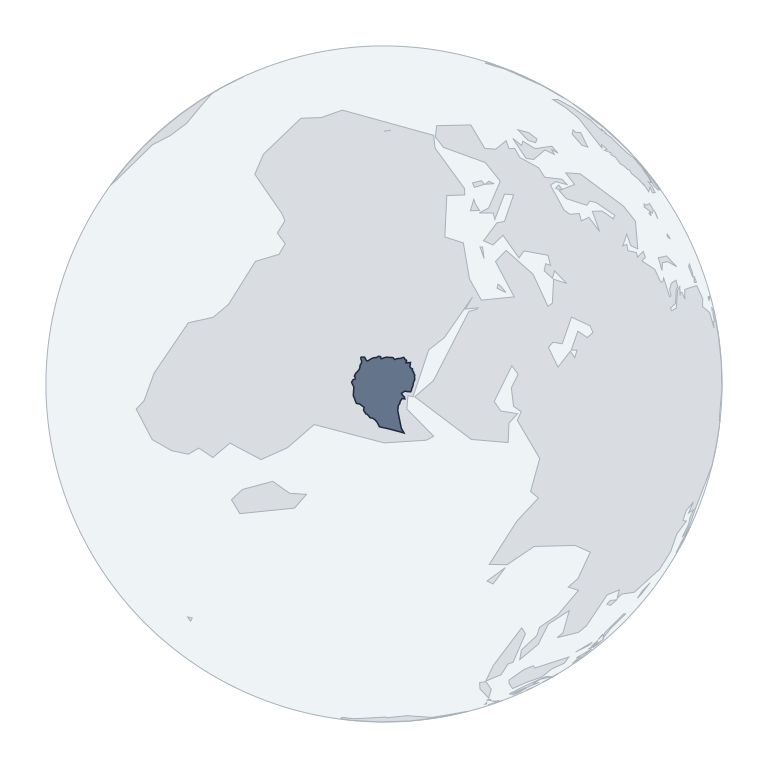 Ethiopia highlighted on a globe, orthographic projection, rotated 61°
{"feature_id": "ETH", "entity_name": "Ethiopia", "entity_type": "country or territory", "adm_level": 0, "iso_a3": "ETH", "parent_name": "Africa", "parent_adm1": "", "projection": "orthographic", "projection_center": [38.934, 9.154], "detail": "fine", "context": "on_globe", "style": "filled", "palette": "slate", "viewbox_px": 768, "rotation_deg": 61, "n_neighbors": 0, "source": "natural_earth", "source_scale": "50m", "svg_char_len": 11414}
<svg xmlns="http://www.w3.org/2000/svg" viewBox="0 0 768 768"><g transform="rotate(61 384 384)"><circle cx="384" cy="384" r="338" fill="#eef3f6" stroke="#a8b0b8"/><path d="M216.2,90.7L221.4,87.9L200.0,100.8L182.6,114.0L177.3,117.9L170.5,122.2L172.1,120.7L193.6,104.8L216.2,90.7ZM155.3,135.3L156.7,134.0L151.7,138.7L150.9,139.3L155.3,135.3ZM47.1,358.1L47.0,359.3L46.3,374.9L46.1,383.0L46.4,387.7L46.5,393.5L52.8,411.0L60.4,430.4L63.1,450.7L62.5,470.6L75.4,517.4L77.5,526.2L67.9,503.5L60.0,480.1L53.9,456.2L49.5,431.9L46.9,407.4L46.1,382.7L47.1,358.1ZM293.7,58.5L296.4,57.7L301.6,56.3L293.7,58.5ZM325.9,51.1L317.9,52.6L311.8,54.1L307.0,55.1L313.8,53.5L325.9,51.1ZM330.7,50.3L334.0,49.8L330.8,50.3L330.7,50.3ZM340.0,49.0L335.6,49.6L334.8,49.7L340.0,49.0ZM344.2,48.4L347.5,48.1L337.2,49.3L337.7,49.3L344.2,48.4ZM345.4,48.9L332.6,50.5L330.9,50.4L343.6,48.7L345.4,48.9ZM550.8,90.1L553.2,91.6L578.0,108.3L578.1,107.5L584.6,112.0L599.8,124.0L614.4,136.8L643.7,171.7L654.6,183.8L660.5,192.1L662.6,197.5L654.1,185.3L649.2,181.2L644.0,174.2L644.5,180.2L637.2,170.5L641.1,181.0L648.2,188.6L650.5,186.0L657.1,200.6L669.4,214.3L679.4,232.2L687.5,266.0L683.0,277.9L684.5,284.0L678.2,278.0L676.6,291.1L693.6,324.1L695.5,334.3L689.8,355.5L688.4,348.0L672.0,331.9L673.7,356.7L686.4,375.3L690.9,398.9L683.3,392.8L678.1,372.2L672.2,365.9L670.3,344.3L658.8,313.9L650.9,321.3L648.2,308.7L631.1,285.1L617.8,295.2L598.9,331.4L601.7,364.0L592.8,379.4L568.5,334.6L558.6,304.2L549.1,307.9L524.6,283.9L480.4,285.0L474.7,277.4L466.3,281.5L449.1,274.5L440.7,262.1L430.0,263.3L452.7,296.1L464.2,295.0L474.7,281.6L478.8,293.7L495.4,303.8L474.8,334.5L410.1,363.3L405.0,339.1L361.6,274.4L363.6,267.2L363.4,266.4L363.0,264.9L357.8,276.6L350.8,264.3L372.7,308.8L375.9,328.4L409.2,364.8L405.8,368.7L416.9,376.1L453.7,365.9L453.7,374.1L435.6,412.4L385.6,464.8L392.9,499.1L390.5,528.2L361.0,547.4L365.3,569.3L350.3,577.0L350.5,589.2L339.4,602.0L320.2,613.7L285.8,612.9L282.3,601.9L263.0,579.7L235.6,525.5L242.8,501.1L239.1,481.6L214.4,437.0L219.7,413.0L213.4,402.4L200.3,404.1L193.2,391.5L185.4,390.7L137.9,395.3L124.6,378.0L111.3,327.8L120.6,309.6L124.3,287.6L190.6,220.0L202.4,225.0L252.0,218.8L257.8,221.7L249.6,237.7L284.9,259.5L299.1,246.2L333.5,258.3L357.9,258.2L370.9,227.9L330.9,227.1L326.4,212.4L360.3,200.4L395.6,203.0L394.9,197.5L374.6,184.9L384.7,175.4L367.8,180.0L373.2,185.5L362.7,189.0L357.2,184.3L361.0,180.8L350.9,178.2L335.4,197.1L339.2,204.8L311.6,207.8L315.2,221.3L307.0,227.5L297.8,207.1L300.2,199.8L281.4,178.9L276.3,186.5L293.8,207.3L287.4,205.5L280.6,217.7L280.8,207.1L263.0,184.0L239.5,188.0L205.9,217.2L192.9,219.3L183.6,212.7L199.5,182.5L226.8,181.6L232.8,172.5L230.4,159.2L238.8,160.6L241.2,155.5L251.8,155.3L269.9,143.9L281.1,143.2L291.2,129.0L298.3,127.2L290.3,135.7L290.8,142.0L319.1,142.2L325.5,139.3L329.7,130.5L337.0,132.4L337.5,124.0L355.2,121.5L334.0,118.1L338.4,109.4L350.7,103.4L348.4,100.3L328.3,110.4L323.8,115.2L326.0,120.0L310.2,134.7L299.8,137.0L301.9,120.6L287.4,122.7L295.3,110.5L344.6,88.3L363.6,85.2L388.8,96.5L382.7,101.1L370.6,99.0L379.0,108.2L379.6,103.9L385.7,106.0L391.4,99.5L396.0,100.8L393.7,93.0L399.9,93.9L401.3,98.8L415.1,91.6L428.8,92.6L429.8,90.6L426.9,88.0L446.2,91.9L446.1,90.3L439.7,88.3L435.2,84.0L434.8,78.3L441.5,80.0L442.5,82.2L454.9,90.1L456.6,96.7L459.3,96.9L459.4,91.6L444.4,81.9L442.2,78.1L450.3,82.1L447.2,80.3L448.3,79.0L455.6,79.6L447.1,75.2L449.5,62.8L463.9,63.9L470.8,67.9L479.5,64.5L495.1,68.2L489.2,66.0L489.3,64.4L484.5,63.1L481.6,62.0L480.1,60.0L504.4,68.3L528.0,78.3L550.8,90.1ZM165.4,254.8L163.0,261.2L163.0,261.3L165.4,254.8ZM431.7,222.4L453.6,223.7L445.7,205.1L453.5,204.4L448.0,198.8L445.1,203.8L431.8,188.8L442.0,183.7L440.3,176.2L432.9,175.6L416.4,187.6L435.2,208.6L429.4,216.1L431.7,222.4ZM160.4,132.4L152.2,140.1L157.2,135.0L153.7,137.7L159.9,131.2L175.0,119.6L167.0,125.7L160.4,132.4ZM243.9,131.4L246.4,134.4L240.8,139.8L226.6,143.6L234.5,135.5L243.9,131.4ZM251.4,137.7L257.4,122.0L266.4,119.9L260.3,123.6L265.7,123.8L257.3,129.8L260.2,144.4L255.4,150.4L231.7,152.3L242.1,148.0L238.9,144.9L251.4,137.7ZM256.7,94.5L259.4,90.1L275.6,90.9L271.2,95.1L256.7,98.3L253.4,95.4L256.7,94.5ZM260.2,69.6L262.7,68.6L267.2,66.9L275.4,64.0L302.3,56.1L303.2,55.9L293.6,58.4L294.5,58.2L268.5,66.9L267.2,67.2L253.6,73.3L244.8,76.6L253.9,72.3L236.9,80.1L241.6,77.6L230.5,83.0L239.4,78.6L260.2,69.6ZM347.0,56.5L340.7,55.9L344.2,59.3L334.6,60.0L335.6,60.4L327.7,62.3L319.9,65.5L315.9,65.5L314.6,66.9L309.3,68.5L306.2,70.5L297.9,71.6L293.4,74.3L292.0,73.3L286.4,77.9L286.9,75.1L280.1,77.7L283.3,79.0L246.3,84.9L230.5,91.1L217.1,98.4L219.6,93.9L233.9,84.9L253.2,75.4L268.0,70.7L266.5,70.1L273.2,67.9L271.6,69.3L278.0,65.9L283.1,64.6L300.2,59.2L306.3,56.3L312.8,54.7L312.9,55.3L319.2,53.4L323.8,53.6L328.5,52.6L337.8,52.4L335.3,54.8L340.8,53.7L348.0,54.1L347.0,56.5ZM347.8,48.8L347.0,50.4L341.4,51.9L327.7,51.8L322.7,52.6L313.7,53.7L322.1,51.8L323.9,51.6L327.6,51.0L323.5,51.8L329.5,50.7L332.2,50.6L337.6,49.9L335.9,50.4L347.8,48.8ZM266.0,215.9L270.7,216.8L278.5,216.3L274.4,224.5L266.0,215.9ZM253.4,200.2L258.0,199.3L255.9,209.6L251.0,209.2L253.4,200.2ZM262.2,190.6L258.4,198.5L257.5,194.0L262.2,190.6ZM294.7,134.8L299.7,133.9L299.6,135.9L296.0,139.0L294.7,134.8ZM355.3,70.6L352.6,69.1L354.5,68.4L355.0,64.3L362.2,64.0L364.7,66.4L355.3,70.6ZM363.1,233.0L355.1,238.7L351.9,235.8L355.3,234.4L363.1,233.0ZM311.9,231.4L322.8,235.6L310.7,233.6L311.9,231.4ZM363.2,69.6L362.6,67.8L366.5,68.8L363.2,69.6ZM367.4,63.7L372.3,64.5L363.1,63.5L367.4,63.7ZM495.7,665.1L497.7,668.2L492.5,668.8L495.7,665.1ZM449.2,522.4L427.5,572.9L411.3,573.5L407.6,559.0L415.2,528.5L433.9,519.5L442.9,505.3L449.2,522.4ZM712.2,448.6L713.4,449.3L713.1,450.9L712.2,448.6ZM711.1,444.0L713.1,443.5L710.2,447.6L711.1,444.0ZM713.8,443.4L715.8,439.5L716.7,436.6L716.1,439.9L713.8,443.4ZM709.4,444.7L697.3,447.9L691.5,445.1L693.7,439.1L703.0,438.2L709.4,444.7ZM693.2,439.0L683.3,425.1L664.0,381.8L671.1,381.4L690.0,406.2L689.0,411.3L695.0,422.6L693.2,439.0ZM714.0,404.2L712.7,419.2L706.8,419.8L703.6,418.3L701.6,400.0L702.8,390.1L705.6,389.6L712.4,354.7L715.6,361.6L714.5,376.0L716.8,388.0L714.0,404.2ZM603.4,366.9L611.7,385.6L606.3,389.4L603.4,366.9ZM711.9,331.4L711.3,346.3L710.8,326.9L711.9,331.4ZM709.7,313.6L711.3,320.5L708.9,314.1L709.7,313.6ZM687.4,293.4L684.6,295.8L683.0,291.0L685.6,285.2L687.4,293.4ZM686.9,247.7L692.7,261.5L694.2,266.3L690.1,258.2L686.9,247.7ZM423.3,71.1L414.6,76.5L413.0,81.7L419.6,85.9L406.6,82.9L409.0,74.9L423.3,71.1ZM445.5,63.3L439.7,60.6L444.6,61.0L446.6,61.7L445.5,63.3ZM440.4,62.2L428.8,60.6L427.1,58.7L436.6,60.3L440.4,62.2ZM395.9,63.2L392.8,64.7L389.7,63.6L395.9,63.2ZM662.5,575.4L655.6,584.0L655.3,582.2L662.5,572.1L676.2,543.8L677.0,544.0L685.3,524.6L699.0,503.5L711.0,469.0L702.4,497.2L691.4,524.4L678.0,550.5L662.5,575.4ZM715.0,448.4L717.8,435.7L718.2,434.2L715.0,448.4ZM721.2,404.0L721.0,408.0L721.0,405.2L721.2,404.0ZM721.3,404.7L721.5,401.3L721.5,401.7L721.3,404.7ZM718.0,390.8L718.5,399.7L720.3,392.8L718.9,402.0L719.1,416.6L718.3,422.6L718.3,406.7L716.7,424.1L715.8,424.2L716.2,409.8L717.7,391.6L718.5,383.9L721.1,379.2L718.0,390.8ZM721.8,390.0L721.7,379.5L721.6,372.3L721.9,377.6L721.8,390.0ZM719.7,354.9L717.3,343.5L716.8,348.7L716.4,330.7L719.0,344.5L719.7,354.9ZM715.3,329.0L714.9,333.8L714.3,323.5L715.3,329.0ZM713.9,329.9L712.2,321.7L713.3,322.3L713.9,329.9ZM715.8,329.1L713.2,315.0L715.2,323.0L715.8,329.1ZM707.5,303.7L712.7,316.0L708.6,311.6L701.2,285.4L702.3,284.2L707.5,303.7ZM667.6,200.5L663.3,194.1L662.3,192.3L665.6,197.2L667.6,200.5ZM660.3,189.5L660.6,189.8L664.3,196.4L666.5,199.2L673.4,210.6L666.4,200.5L658.8,187.8L657.2,185.1L660.3,189.5ZM479.0,61.4L475.5,60.1L478.4,60.7L479.0,61.4ZM467.5,57.2L466.6,57.4L464.8,56.5L467.5,57.2ZM465.1,58.4L464.9,57.2L469.1,59.4L465.1,58.4Z" fill="#d9dde1" stroke="#a8b0b8" stroke-width="1"/><path d="M362.5,405.5L362.4,405.4L361.9,404.9L361.4,404.4L361.1,403.8L360.8,403.3L360.7,402.2L360.3,401.5L360.0,400.7L359.5,399.1L359.3,398.6L358.9,398.2L358.4,397.8L358.0,397.1L356.8,396.5L356.3,396.0L355.5,395.2L355.3,394.8L355.3,394.3L355.0,393.9L354.6,393.5L353.2,392.5L352.9,392.4L352.4,392.3L351.7,392.2L350.7,392.0L349.9,391.6L349.5,391.3L349.4,391.1L349.5,390.8L349.8,390.3L350.4,389.1L350.8,388.2L351.1,388.0L351.8,387.9L352.6,388.0L353.2,388.0L354.0,388.0L355.0,388.0L355.4,387.7L355.7,387.4L355.8,387.2L355.9,386.6L355.9,386.2L355.8,384.5L355.8,383.4L355.8,382.2L355.8,381.7L356.0,380.4L356.3,379.7L356.4,379.3L357.1,378.1L357.2,377.7L357.2,377.4L357.0,375.7L357.4,375.0L357.9,374.2L358.4,373.9L358.8,373.7L358.9,373.8L359.3,374.1L359.9,374.5L360.2,374.4L360.5,374.1L360.8,373.8L360.8,373.2L361.1,372.0L361.0,371.4L361.3,370.5L361.6,369.3L361.8,368.6L362.0,368.2L362.8,367.4L363.5,366.2L363.9,365.4L364.8,364.0L365.2,363.5L365.6,363.2L366.1,363.1L367.1,363.0L367.7,362.9L367.8,362.7L367.9,362.4L367.9,361.8L368.1,360.7L368.4,359.7L368.7,358.9L368.9,358.5L369.2,358.2L369.4,357.6L369.8,356.3L369.8,355.5L370.2,353.9L370.3,353.9L371.1,353.6L371.9,353.6L372.6,353.8L373.1,353.8L373.3,353.7L373.5,353.5L373.7,353.0L374.0,352.8L374.4,352.8L375.0,353.2L375.8,354.5L376.1,354.6L376.7,353.5L377.0,352.8L377.6,351.3L378.0,350.4L378.3,350.7L378.7,351.1L379.1,351.3L379.5,351.4L379.7,351.5L379.9,351.6L380.8,352.7L381.1,352.9L381.5,353.0L383.3,352.6L384.3,352.0L384.5,351.8L384.8,351.8L385.1,352.0L385.3,352.3L385.5,352.6L385.9,352.7L386.9,352.4L387.4,352.3L387.8,352.4L388.4,352.5L388.7,352.5L389.5,352.9L390.4,352.7L390.9,352.8L391.4,352.9L392.1,353.5L393.1,354.1L394.5,354.6L394.8,354.8L395.5,355.5L396.5,357.0L397.9,358.3L399.4,359.4L400.2,360.2L400.8,361.1L401.3,362.0L401.9,362.3L402.4,362.6L402.9,363.2L403.3,363.8L403.8,364.4L403.3,365.2L402.5,366.4L401.7,367.7L401.4,368.0L400.6,368.8L400.5,369.0L400.4,369.6L400.4,370.6L400.5,371.9L400.6,373.2L401.0,373.3L401.5,373.4L402.0,373.2L402.7,373.1L403.5,373.0L404.4,372.7L405.0,372.5L405.5,372.5L406.0,372.7L406.3,372.9L406.6,373.0L407.1,373.0L406.7,373.6L406.4,373.9L406.2,374.3L405.6,375.2L405.6,375.4L405.6,375.6L406.0,376.0L406.3,376.7L406.5,377.4L406.7,377.7L407.1,378.1L407.7,378.8L408.0,379.3L408.7,379.6L408.9,380.2L409.4,381.2L409.9,381.9L410.4,382.5L411.0,382.7L412.5,383.8L413.4,384.7L413.6,384.8L415.3,385.3L417.2,385.9L418.7,386.4L420.6,387.0L422.5,387.6L424.3,388.2L426.9,389.0L428.9,389.6L430.5,390.1L430.8,390.3L432.7,390.3L434.6,390.2L436.6,390.2L435.2,391.6L433.6,393.2L432.0,394.9L430.9,396.0L429.2,397.8L427.8,399.2L426.3,400.8L425.0,402.2L423.2,404.2L422.1,405.5L420.3,407.5L419.2,408.7L419.1,408.8L417.5,408.7L415.9,408.6L413.9,408.6L413.7,408.6L413.1,408.7L412.7,408.8L411.3,409.2L411.0,409.2L409.8,409.8L408.6,410.4L408.0,410.9L407.5,411.6L407.3,412.1L407.0,412.3L406.7,412.5L404.1,413.0L403.4,413.1L402.2,413.5L401.5,414.1L401.3,414.4L400.5,414.4L399.0,414.5L398.3,414.6L398.0,414.6L397.4,414.6L397.0,414.5L396.7,414.4L396.3,414.0L395.4,413.2L394.8,412.7L393.4,413.3L392.1,413.9L390.4,414.7L389.3,415.2L389.0,415.8L388.3,416.8L387.6,417.5L387.3,417.5L385.7,417.4L385.1,417.3L384.2,417.2L382.9,416.9L382.1,416.7L381.2,416.7L379.8,416.6L379.0,416.4L378.2,415.8L377.1,415.1L376.0,414.4L374.9,413.7L373.5,412.8L372.1,411.9L371.7,411.8L370.0,411.7L368.3,411.7L367.2,411.6L366.9,411.5L366.6,411.3L366.3,410.6L365.9,410.2L365.4,409.5L365.3,408.7L365.5,407.8L365.6,407.5L365.5,407.2L365.6,406.8L365.3,406.4L363.7,405.9L363.4,405.9L363.1,406.1L362.8,406.2L362.6,406.1L362.5,405.9L362.5,405.7L362.5,405.5Z" fill="#64748b" stroke="#1e293b" stroke-width="1.5"/></g></svg>